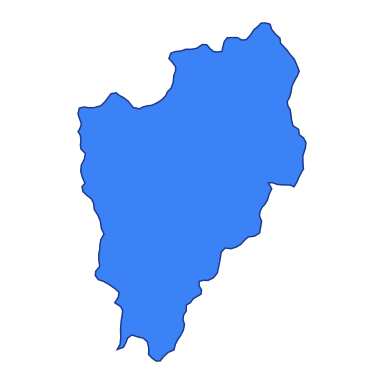 Santa Margarida, Minas Gerais, Brazil
{"feature_id": "56859067B76164220715303", "entity_name": "Santa Margarida", "entity_type": "district", "adm_level": 2, "iso_a3": "BRA", "parent_name": "Brazil", "parent_adm1": "Minas Gerais", "projection": "orthographic", "projection_center": [-42.268, -20.439], "detail": "fine", "context": "isolated", "style": "filled", "palette": "blue", "viewbox_px": 384, "rotation_deg": 0, "n_neighbors": 0, "source": "geoboundaries", "source_scale": "gbopen_adm2", "svg_char_len": 2395}
<svg xmlns="http://www.w3.org/2000/svg" viewBox="0 0 384 384"><path d="M173.9,350.0L175.4,344.2L177.9,339.4L180.3,336.0L183.3,330.3L184.5,324.6L183.0,319.7L183.5,315.2L186.2,311.1L186.3,305.1L190.5,302.6L192.9,299.0L196.7,296.6L201.0,294.2L201.5,289.9L199.1,286.0L199.1,281.4L203.0,280.3L208.1,280.4L213.5,277.7L217.3,272.9L218.8,266.0L219.9,260.6L221.2,252.1L225.2,248.0L231.0,248.7L236.4,247.0L240.7,244.4L244.1,240.7L248.0,237.0L254.6,236.1L259.6,233.0L260.8,226.1L261.6,221.3L259.5,216.0L259.9,211.6L262.2,207.1L265.2,203.9L267.4,200.0L269.2,194.1L271.7,188.6L268.3,182.8L272.6,182.7L277.3,184.4L283.8,184.9L290.0,185.0L294.0,186.8L297.0,181.8L298.6,177.9L300.6,173.7L303.5,168.9L303.0,163.9L302.8,155.9L305.3,148.4L306.0,142.7L303.4,137.8L299.3,134.7L298.6,129.4L293.0,125.7L291.5,119.8L290.8,113.5L290.0,109.3L287.8,105.8L287.2,101.5L289.6,97.3L291.0,92.3L291.9,86.2L294.9,80.0L297.3,75.9L299.2,71.1L296.7,64.9L294.3,59.2L289.8,54.2L287.2,50.3L283.8,46.7L280.6,43.4L279.9,38.1L275.7,34.4L271.6,29.3L270.1,24.2L265.8,23.0L261.1,23.1L257.9,26.5L254.0,29.7L250.5,35.0L246.3,39.7L241.6,40.0L237.5,37.6L232.4,37.6L227.2,37.7L224.2,41.8L222.9,46.8L221.9,51.4L217.4,52.1L213.3,51.4L210.0,48.7L206.8,44.8L202.3,44.5L197.0,48.2L191.6,49.3L185.6,49.3L181.4,50.9L175.3,51.6L170.8,53.2L168.9,58.5L172.9,63.0L175.6,66.7L175.6,71.0L173.8,75.6L173.2,82.3L171.1,88.2L167.6,91.6L165.7,95.7L162.5,99.2L158.2,102.2L152.2,105.2L147.2,105.9L143.2,106.9L139.3,108.8L133.1,107.4L128.0,101.0L123.0,97.3L119.4,95.5L116.2,92.8L111.1,93.7L107.4,98.5L104.6,102.2L100.7,105.8L93.9,107.7L88.3,107.7L84.1,107.0L79.3,108.1L78.0,113.8L79.5,118.6L81.3,123.3L80.4,127.5L78.1,131.6L80.4,135.4L80.9,140.5L80.4,145.2L81.1,149.3L85.4,153.4L84.4,159.1L81.3,165.2L80.7,171.3L82.5,177.6L85.1,183.3L82.0,186.6L83.0,191.7L87.5,195.8L91.1,198.6L93.5,202.8L94.3,209.6L98.0,215.3L100.4,221.3L101.3,228.3L104.0,234.0L100.8,239.8L99.9,245.0L99.8,249.4L98.8,253.7L98.8,260.3L99.8,266.3L95.7,271.3L95.3,275.6L98.3,279.6L103.4,281.3L109.1,284.5L115.0,288.6L119.0,292.4L118.4,296.9L114.8,302.8L120.6,306.5L122.7,310.5L122.2,314.7L121.2,320.9L120.6,328.0L120.6,332.4L120.8,337.4L120.1,344.4L117.3,349.5L123.5,347.2L126.1,342.0L127.6,338.1L131.9,334.9L137.7,336.9L143.2,338.1L147.3,341.7L148.8,348.3L148.6,354.5L152.4,358.4L156.1,361.0L160.2,360.9L163.6,356.6L168.1,352.4L173.9,350.0Z" fill="#3b82f6" stroke="#1e3a8a" stroke-width="1.5"/></svg>